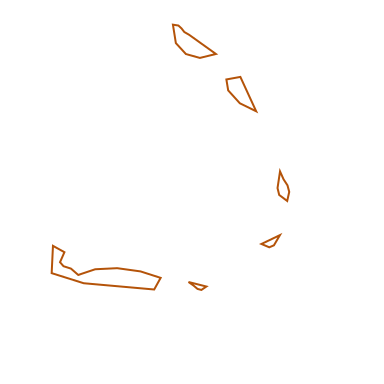 an SVG outline of Addu, rotated 299°
{"feature_id": "MDV-5243", "entity_name": "Addu", "entity_type": "City", "adm_level": 1, "iso_a3": "MDV", "parent_name": "Maldives", "parent_adm1": "", "projection": "orthographic", "projection_center": [73.171, -0.633], "detail": "fine", "context": "isolated", "style": "outline", "palette": "amber", "viewbox_px": 384, "rotation_deg": 299, "n_neighbors": 0, "source": "natural_earth", "source_scale": "10m", "svg_char_len": 754}
<svg xmlns="http://www.w3.org/2000/svg" viewBox="0 0 384 384"><g transform="rotate(299 192 192)"><path d="M64.3,132.7L77.5,144.8L89.1,163.5L97.6,185.5L101.7,206.2L88.4,206.2L59.7,141.5L53.0,108.6L77.5,96.5L77.5,109.6L66.6,110.6L64.8,115.6L66.3,123.2L66.3,123.4L64.3,132.7ZM328.1,113.2L324.3,146.0L313.1,133.9L309.7,119.8L314.4,105.7L329.1,94.2L331.0,99.4L330.0,103.5L328.2,107.7L328.1,113.2ZM316.1,178.5L293.7,209.0L292.8,190.8L298.4,174.4L307.1,167.5L316.1,178.5ZM252.7,259.0L247.5,265.9L244.1,272.3L239.2,277.0L230.3,279.6L231.7,269.7L236.9,264.9L252.7,259.0ZM180.2,277.9L196.9,289.8L185.1,289.5L181.1,286.4L180.2,277.9ZM111.6,232.6L116.3,250.4L110.9,247.7L109.9,243.8L110.9,238.9L111.6,232.6Z" fill="none" stroke="#b45309" stroke-width="2"/></g></svg>